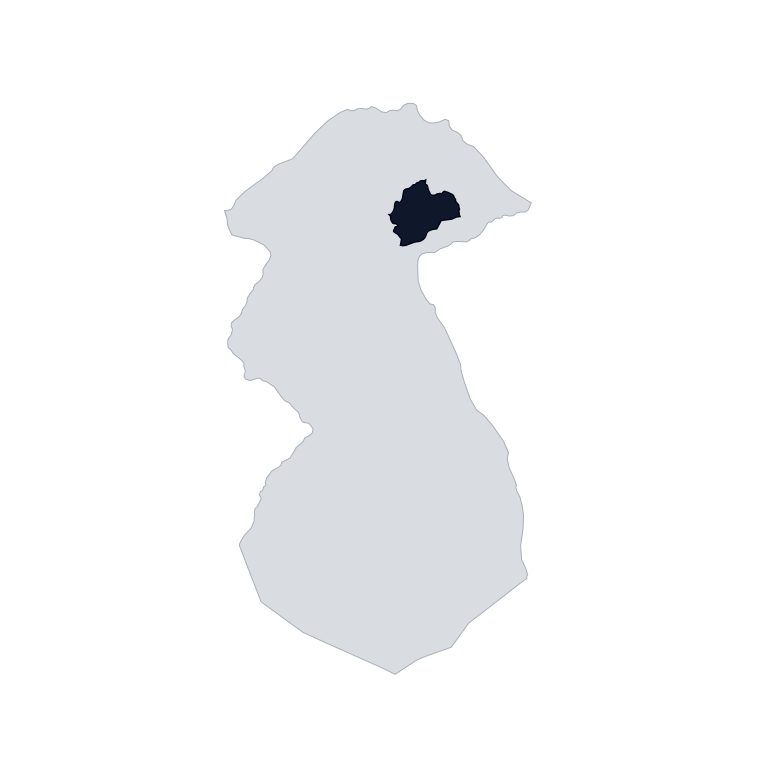 Paraguarí highlighted on a map of Paraguay, rotated 218°
{"feature_id": "PRY-611", "entity_name": "Paraguarí", "entity_type": "Department", "adm_level": 1, "iso_a3": "PRY", "parent_name": "Paraguay", "parent_adm1": "", "projection": "orthographic", "projection_center": [-57.025, -26.024], "detail": "fine", "context": "in_parent", "style": "filled", "palette": "ink", "viewbox_px": 768, "rotation_deg": 218, "n_neighbors": 0, "source": "natural_earth", "source_scale": "10m", "svg_char_len": 5465}
<svg xmlns="http://www.w3.org/2000/svg" viewBox="0 0 768 768"><g transform="rotate(218 384 384)"><path d="M399.9,188.5L401.1,192.8L401.9,196.2L403.8,198.5L405.7,201.7L407.5,203.4L408.8,206.4L408.5,209.7L409.3,214.1L410.2,217.8L411.2,218.8L413.8,219.8L415.2,223.2L414.2,224.9L414.6,226.9L415.6,228.8L414.7,230.7L415.2,232.1L417.0,233.4L418.7,238.1L418.9,246.3L417.1,250.6L415.6,254.2L415.3,256.4L416.4,259.5L414.6,263.3L412.4,267.9L412.9,271.0L413.3,274.0L413.5,277.2L414.1,280.1L413.4,283.3L412.7,286.1L412.3,289.3L413.3,292.8L411.6,296.2L410.7,298.6L410.4,301.0L412.0,304.7L416.3,306.3L419.6,306.6L422.7,304.6L425.1,304.0L429.5,305.8L433.6,308.9L438.7,309.3L443.3,309.9L446.8,310.9L452.0,309.7L457.3,310.9L463.5,312.6L468.7,314.2L473.8,313.8L477.7,313.6L481.7,311.9L485.6,312.1L488.5,308.9L490.2,306.2L491.7,304.2L495.9,302.6L498.9,303.6L501.2,308.8L505.5,311.8L507.1,314.0L510.2,315.0L517.0,315.2L521.2,315.1L526.0,316.7L529.1,316.7L531.9,319.5L534.4,322.9L534.7,329.0L537.1,333.8L540.2,335.6L541.8,338.6L541.2,342.8L539.7,346.9L539.8,351.5L541.4,355.7L541.4,359.8L542.4,364.0L544.6,367.6L545.3,373.4L544.9,377.5L546.3,379.9L546.8,383.3L545.9,386.1L545.5,389.8L545.6,393.2L546.7,396.0L549.9,399.6L550.7,406.0L550.7,410.3L552.1,415.5L554.8,417.9L559.1,418.8L564.2,419.6L570.4,418.5L575.8,417.2L578.9,415.9L585.0,412.2L590.3,410.1L593.0,408.8L595.6,407.9L600.8,410.3L605.6,413.4L609.4,417.6L616.4,422.4L615.0,423.4L612.1,427.1L612.0,431.5L613.9,437.8L611.9,451.1L606.0,471.4L603.6,483.2L604.5,486.6L602.4,492.5L594.7,505.1L594.2,513.7L592.9,539.5L590.1,557.6L585.7,571.0L581.8,578.1L578.4,578.9L575.9,581.0L574.4,584.4L571.6,587.2L567.5,589.4L565.3,591.9L564.9,594.6L561.0,596.3L553.7,596.9L549.3,599.1L548.0,602.6L545.5,605.4L541.8,607.4L540.0,610.9L540.2,615.7L538.0,619.8L533.6,623.2L529.6,623.3L526.0,620.0L521.1,617.8L514.9,616.6L509.7,617.4L505.6,620.1L501.9,624.4L498.7,630.3L495.1,631.3L491.2,627.3L486.3,626.1L480.3,627.6L475.5,627.1L472.0,624.4L466.5,624.1L459.2,626.2L444.3,623.8L421.8,617.1L402.8,614.7L379.5,617.4L377.5,610.3L378.7,606.4L382.4,603.5L384.8,600.2L385.7,596.5L388.3,593.7L392.5,591.7L394.3,589.8L393.6,587.8L394.5,586.1L397.0,584.5L398.4,582.1L398.7,578.9L399.6,577.3L401.2,576.0L401.4,573.8L400.4,566.8L400.5,561.1L401.6,556.7L403.0,554.0L404.0,553.3L404.9,551.7L405.3,549.0L406.8,546.5L414.3,541.3L417.1,538.5L417.3,536.0L418.4,532.5L422.9,525.1L424.2,521.6L424.3,519.9L425.9,518.1L431.3,513.9L434.2,510.0L434.6,506.4L433.3,502.3L430.2,497.7L420.5,486.2L413.0,481.0L403.3,476.8L397.0,475.4L394.0,477.0L390.9,475.8L387.7,472.0L382.4,468.9L371.2,465.7L345.8,452.6L335.5,446.3L332.0,442.3L322.4,435.3L306.7,425.2L294.7,420.4L286.4,420.9L273.0,418.2L254.5,412.4L243.7,406.6L240.7,400.7L233.8,395.0L222.9,389.4L217.2,385.6L216.7,383.8L213.4,381.4L207.4,378.6L200.7,373.6L193.3,366.5L185.3,355.5L176.6,340.4L167.5,330.4L158.0,325.4L153.2,322.0L153.1,320.3L151.6,318.7L152.8,315.7L155.8,303.8L160.1,286.7L164.6,268.9L170.0,248.0L169.5,233.3L169.0,217.9L177.3,204.9L183.2,195.6L188.2,186.8L193.2,172.0L196.6,162.0L210.3,159.2L233.6,153.4L245.3,150.5L269.9,144.4L294.9,138.4L321.3,137.5L346.8,136.7L366.7,148.6L381.9,157.7L398.6,167.8L399.7,170.0L400.9,178.6L399.9,188.5Z" fill="#d9dde1" stroke="#a8b0b8" stroke-width="1"/><path d="M478.9,517.2L480.6,518.4L481.8,519.9L482.2,520.2L482.5,520.3L484.3,520.6L483.4,521.4L483.0,522.5L482.9,523.5L482.9,524.6L483.2,526.4L483.8,528.3L484.2,529.2L484.6,529.9L485.8,531.5L486.3,532.4L486.8,534.1L486.8,535.0L486.5,535.6L486.0,535.9L483.7,536.5L483.3,536.7L483.0,537.1L483.0,537.5L483.0,537.8L483.3,540.2L483.5,541.1L483.9,541.9L487.4,548.5L487.0,550.5L486.8,551.0L484.9,553.1L484.5,553.8L483.9,556.1L483.7,558.3L483.6,558.8L483.3,559.3L482.2,560.1L482.0,560.4L481.9,560.7L482.0,561.3L482.1,561.8L482.0,562.4L481.8,563.1L481.1,563.8L480.7,564.3L480.5,565.0L480.5,565.7L480.2,566.4L479.8,567.1L478.7,568.0L478.1,568.4L477.3,569.1L476.8,570.4L474.9,567.4L474.4,567.1L473.7,566.9L473.1,567.1L472.1,567.0L471.1,566.3L469.3,564.8L468.2,564.1L465.0,562.4L464.6,562.2L464.1,562.1L463.6,562.1L463.0,562.2L462.5,562.3L462.1,562.5L461.7,562.7L460.9,563.4L460.3,564.0L459.8,564.8L459.5,565.5L459.3,566.1L459.1,566.5L458.9,566.9L458.3,567.1L458.0,567.5L457.8,567.8L457.7,568.1L457.5,568.3L457.1,568.7L456.4,569.0L455.9,569.3L455.6,569.9L455.5,570.7L455.5,571.6L455.4,572.3L455.1,572.9L454.4,573.3L451.6,574.3L446.9,575.4L445.4,575.3L444.3,574.7L443.4,574.1L442.0,573.7L441.2,573.3L440.7,572.8L440.3,572.3L439.6,571.9L435.7,571.1L435.0,570.7L434.6,570.2L434.2,569.7L433.8,569.3L432.5,568.5L432.1,568.1L431.9,567.6L431.6,566.6L431.3,566.0L430.9,565.6L430.3,565.3L430.0,565.0L429.1,563.7L427.2,562.8L428.3,561.6L429.4,560.7L430.0,559.7L432.1,555.7L439.2,548.5L439.5,548.0L439.5,547.4L438.0,538.7L440.5,536.2L441.7,534.6L443.2,531.8L443.4,530.5L443.3,529.5L442.0,525.4L441.9,524.0L442.1,522.3L442.8,520.2L443.4,519.0L444.0,518.1L445.9,516.2L447.7,514.1L452.2,506.7L452.6,506.3L454.2,504.8L456.4,503.4L459.1,508.4L459.6,508.9L460.4,509.5L461.8,509.6L462.5,509.7L463.7,510.1L464.7,510.3L465.2,510.4L469.2,510.1L469.7,510.1L470.4,510.3L470.8,510.7L471.0,511.2L471.2,512.8L471.4,513.2L471.7,513.9L471.8,514.2L471.8,514.4L471.7,514.7L471.6,515.0L470.9,515.7L470.3,516.3L470.1,516.6L470.0,516.8L470.2,517.2L470.6,517.4L471.0,517.6L472.7,517.7L473.0,517.7L473.4,517.6L473.8,517.3L474.2,517.1L474.6,516.8L475.1,516.5L475.7,516.2L476.2,516.2L476.6,516.3L478.9,517.2Z" fill="#0f172a" stroke="#020617" stroke-width="1.5"/></g></svg>